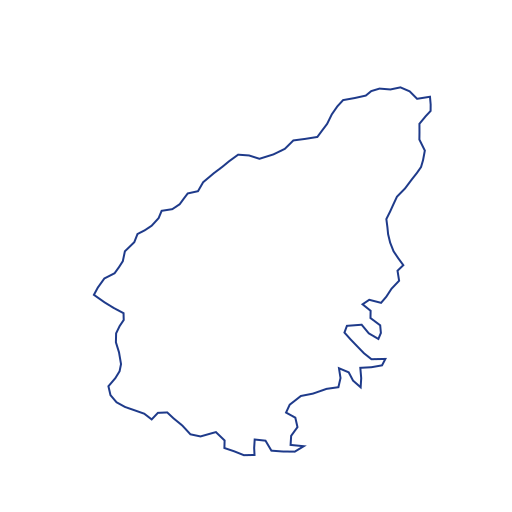 Luzerna, Santa Catarina, Brazil, rotated 103°
{"feature_id": "56859067B78781548032096", "entity_name": "Luzerna", "entity_type": "district", "adm_level": 2, "iso_a3": "BRA", "parent_name": "Brazil", "parent_adm1": "Santa Catarina", "projection": "equal_earth", "projection_center": [-51.505, -27.095], "detail": "fine", "context": "isolated", "style": "outline", "palette": "blue", "viewbox_px": 512, "rotation_deg": 103, "n_neighbors": 0, "source": "geoboundaries", "source_scale": "gbopen_adm2", "svg_char_len": 1877}
<svg xmlns="http://www.w3.org/2000/svg" viewBox="0 0 512 512"><g transform="rotate(103 256 256)"><path d="M61.7,122.3L66.6,134.4L61.0,143.3L59.2,153.2L63.5,162.5L65.1,173.3L69.4,180.8L75.0,185.1L79.9,195.4L84.5,206.2L91.9,210.4L100.9,214.0L111.2,216.4L118.6,219.7L126.2,223.0L130.9,234.6L135.0,245.6L145.1,252.0L153.1,261.9L160.5,274.5L159.6,285.4L161.3,296.2L169.7,303.5L176.6,308.8L184.8,315.7L196.0,324.1L205.9,327.1L210.4,336.6L216.4,339.3L222.7,342.0L229.2,348.1L233.2,358.1L241.0,359.4L250.0,364.5L256.0,370.2L261.2,376.4L269.9,377.7L280.9,384.8L291.0,384.6L297.7,387.0L304.6,389.9L312.0,398.7L322.3,403.0L330.3,405.2L335.2,393.2L338.7,382.8L341.5,372.2L348.1,370.5L354.9,373.1L362.8,374.9L371.6,373.1L380.7,367.8L391.7,363.2L399.0,363.0L406.7,365.6L416.1,370.5L424.3,366.5L429.9,359.0L432.6,349.5L433.7,339.1L434.8,329.4L438.7,320.9L430.9,316.3L428.4,307.3L432.7,299.9L437.8,289.6L444.5,279.8L444.3,269.5L436.6,255.5L442.8,245.1L450.2,243.6L451.2,233.4L452.8,223.0L450.2,212.7L443.5,214.6L435.1,216.0L433.8,205.2L442.2,197.2L440.5,186.1L437.9,174.2L430.6,166.7L432.3,179.8L423.3,181.3L413.4,177.1L404.7,181.3L401.8,191.5L393.3,189.7L382.3,180.8L377.3,169.6L369.6,157.4L365.3,146.2L355.9,146.2L346.7,149.9L348.5,139.5L355.6,133.4L360.4,124.5L351.4,126.0L341.5,129.2L338.4,118.5L334.2,108.6L327.2,106.8L330.6,120.3L326.5,128.9L321.2,137.1L316.0,145.1L310.7,152.6L303.6,151.7L299.2,137.6L306.0,128.7L309.3,118.1L302.9,117.0L295.6,119.4L290.7,130.5L283.6,132.0L279.1,141.3L273.2,135.8L273.5,123.6L266.4,119.9L257.4,116.6L247.9,111.0L238.5,114.8L231.8,110.4L226.1,117.0L220.5,123.0L212.8,128.3L205.0,132.2L198.5,134.4L190.7,137.3L182.4,135.3L175.0,133.8L166.5,132.0L156.7,126.0L146.3,121.4L138.9,117.9L132.2,115.2L125.1,114.8L115.3,115.2L105.8,123.0L98.9,124.5L90.4,126.5L81.6,122.1L75.4,118.5L69.1,119.9L61.7,122.3Z" fill="none" stroke="#1e3a8a" stroke-width="2"/></g></svg>